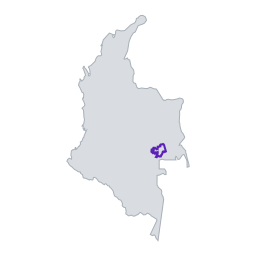 Morichal (Morichal Nuevo), Guainía, Colombia (highlighted)
{"feature_id": "7082276B96401380433737", "entity_name": "Morichal (Morichal Nuevo)", "entity_type": "district", "adm_level": 2, "iso_a3": "COL", "parent_name": "Colombia", "parent_adm1": "Guainía", "projection": "equal_earth", "projection_center": [-69.908, 2.404], "detail": "fine", "context": "in_parent", "style": "outline", "palette": "violet", "viewbox_px": 256, "rotation_deg": 0, "n_neighbors": 0, "source": "geoboundaries", "source_scale": "gbopen_adm2", "svg_char_len": 6541}
<svg xmlns="http://www.w3.org/2000/svg" viewBox="0 0 256 256"><path d="M144.6,23.0L142.4,24.2L138.2,25.6L135.3,31.9L133.3,33.0L130.9,36.8L129.1,41.4L127.6,50.8L124.0,58.9L124.3,59.2L125.8,58.9L127.1,58.0L127.6,58.2L128.1,59.6L129.7,60.0L131.0,66.5L133.5,69.8L133.8,71.1L134.1,73.8L133.2,75.4L132.9,81.4L133.7,82.8L135.6,83.4L136.8,87.1L137.6,88.0L138.7,88.6L141.4,88.0L146.4,88.6L147.5,88.5L150.3,87.2L153.8,88.8L156.4,89.1L163.4,100.3L164.1,100.0L165.0,100.6L166.8,99.5L168.4,99.3L170.4,99.8L173.0,99.8L178.4,98.7L179.2,98.0L182.1,98.7L183.0,99.5L183.4,101.6L183.1,102.9L182.0,104.2L181.5,105.9L181.4,107.9L180.8,109.4L179.9,110.4L179.5,111.8L179.7,113.7L179.2,122.2L179.7,122.9L180.0,126.3L181.2,130.9L181.8,132.2L182.8,133.2L184.7,136.9L184.3,138.2L179.5,144.0L179.2,145.4L180.2,144.8L181.6,145.4L182.2,146.8L185.7,150.8L185.7,152.4L186.7,155.4L186.6,156.1L189.0,164.8L189.1,166.7L187.1,167.2L187.0,161.3L186.7,160.1L184.3,155.0L183.8,154.5L182.3,155.1L179.7,159.0L178.5,159.5L177.5,159.0L176.5,156.7L175.9,156.3L175.2,158.2L176.0,159.9L164.5,159.9L162.3,159.2L159.2,160.1L159.2,168.9L164.6,169.0L166.1,171.5L166.0,173.6L166.2,174.3L164.9,174.7L163.0,173.3L159.6,175.0L157.1,175.4L157.0,185.1L158.5,187.5L161.4,190.1L161.8,191.9L161.6,193.6L162.3,195.7L163.2,196.8L163.2,198.0L163.7,199.4L158.0,240.6L156.0,238.1L155.3,235.9L154.3,234.9L152.4,235.6L150.3,234.5L156.9,220.5L156.7,219.3L151.2,215.8L150.6,215.0L147.9,213.2L146.5,213.7L145.7,214.6L143.6,214.9L142.0,213.4L140.1,212.4L137.7,214.8L137.0,214.7L135.4,215.8L133.6,216.2L131.3,215.1L129.4,215.8L128.1,215.7L127.6,215.0L126.0,214.1L125.8,213.2L126.2,211.4L125.5,208.0L125.3,207.5L124.0,207.4L122.5,206.2L122.2,205.5L122.5,204.1L122.3,202.9L120.8,200.2L118.8,199.5L116.9,197.2L115.0,196.4L114.1,194.8L113.2,191.1L111.2,188.3L109.8,187.3L109.4,185.9L107.9,185.8L106.0,183.9L105.1,183.8L104.5,184.7L102.7,183.8L101.2,182.4L99.6,182.0L98.5,181.2L96.6,178.5L94.6,177.3L93.4,177.7L93.0,179.7L92.3,180.0L90.0,179.5L89.6,180.0L89.0,179.9L86.1,178.4L83.3,177.9L82.5,174.6L80.7,173.4L80.2,171.9L78.9,172.0L74.0,169.0L72.0,167.0L70.3,165.8L68.5,163.5L68.2,162.6L66.9,161.2L67.6,159.5L69.2,158.2L71.4,159.2L71.7,157.2L70.9,155.4L71.3,151.3L71.8,150.4L73.0,149.6L73.8,149.9L74.2,149.2L76.0,149.5L76.5,149.2L77.9,147.6L78.5,146.3L79.1,146.4L80.5,144.2L80.3,142.0L81.7,141.5L83.1,137.9L83.7,137.8L84.0,136.1L86.5,130.2L85.6,130.9L84.7,130.5L84.8,128.5L84.5,128.2L83.7,129.8L83.0,128.2L83.2,125.7L82.1,126.1L82.2,125.6L83.8,123.6L84.5,119.3L84.0,117.7L83.6,111.1L83.4,109.9L82.0,108.2L84.1,106.3L84.9,104.9L84.0,102.0L82.7,99.6L82.7,98.1L83.4,98.2L83.8,94.2L83.1,92.6L82.2,92.6L79.4,86.6L78.5,85.3L79.2,82.5L80.1,81.2L79.9,79.0L80.5,79.1L81.7,81.1L82.1,80.8L84.0,78.9L84.1,77.2L85.6,75.3L83.5,69.2L82.8,68.2L83.7,66.3L84.2,66.4L85.0,68.3L86.3,69.5L88.2,73.0L89.1,73.7L88.5,74.5L88.3,75.3L88.6,75.8L89.7,75.9L90.2,74.9L89.9,70.8L89.4,68.7L88.4,67.2L88.7,66.6L90.7,65.6L94.9,61.6L96.3,57.9L97.4,56.5L98.7,55.7L100.1,55.9L101.3,55.4L101.7,54.2L100.9,51.6L101.8,48.1L101.8,46.3L102.4,45.2L102.2,44.8L100.7,46.1L102.2,43.6L103.3,39.8L109.4,33.1L113.3,34.7L114.5,34.6L112.9,35.4L112.6,36.4L113.2,37.4L113.8,37.7L114.3,37.1L115.6,33.2L115.8,31.0L116.4,30.3L117.2,30.0L121.0,30.9L124.7,30.6L130.6,25.0L135.0,22.6L136.1,20.3L136.4,18.6L137.2,18.0L138.1,18.0L138.6,17.0L140.6,15.5L142.8,15.4L145.1,16.7L146.2,19.0L146.4,20.5L144.6,23.0ZM76.1,148.8L75.8,149.1L75.3,148.5L75.1,147.9L75.4,147.4L75.8,147.5L76.1,148.8Z" fill="#d9dde1" stroke="#a8b0b8" stroke-width="1"/><path d="M163.6,144.4L163.5,144.2L163.0,144.0L162.9,144.1L162.7,144.1L162.4,144.4L162.2,144.4L162.0,144.5L161.9,144.5L161.6,144.5L161.5,144.4L161.2,144.4L160.8,144.4L160.6,144.5L160.4,144.6L160.1,145.2L160.0,145.3L160.0,145.5L160.2,145.8L160.3,146.0L160.2,146.1L160.3,146.2L160.3,146.3L160.2,146.3L159.9,146.4L159.7,146.4L159.5,146.5L159.5,146.4L159.2,146.6L158.8,146.6L158.7,146.6L158.4,146.6L158.2,146.6L157.8,146.7L157.7,146.7L157.7,148.9L157.4,148.9L157.2,148.9L157.0,149.0L157.0,148.9L157.0,149.0L157.0,148.9L156.9,149.0L156.7,149.0L156.4,149.0L156.2,148.9L156.2,148.6L155.9,148.4L155.7,148.4L155.3,148.0L155.1,148.2L155.0,148.3L154.9,148.4L154.7,148.4L154.6,148.5L154.5,148.4L154.2,148.2L153.8,147.9L153.8,147.7L153.6,147.6L153.6,147.3L153.5,147.2L153.4,147.0L153.4,149.3L153.3,149.5L153.4,149.8L153.1,149.7L152.9,149.8L152.7,149.7L152.6,149.4L152.3,149.2L152.0,149.1L151.8,149.0L151.7,149.0L151.6,148.8L151.6,148.7L151.6,149.2L151.7,149.5L151.8,149.8L151.7,150.0L151.6,150.3L151.5,150.5L151.5,151.0L151.3,151.3L151.3,151.5L151.3,151.8L151.3,151.7L151.4,151.9L151.5,152.0L151.8,152.1L152.0,152.2L152.4,152.5L152.5,152.4L152.6,152.5L152.8,152.7L152.7,152.7L152.5,152.8L152.7,153.0L152.8,152.9L153.0,153.0L153.1,152.8L153.0,152.7L153.3,152.6L153.5,152.5L153.8,152.8L154.0,152.9L154.3,153.0L154.5,153.3L154.7,153.0L154.7,152.9L154.6,152.7L154.9,152.9L155.0,152.8L155.1,152.7L155.3,152.6L155.2,152.7L155.2,152.8L155.4,152.9L155.5,152.9L155.6,153.0L155.6,152.8L155.7,153.0L155.8,153.0L155.9,152.9L155.7,152.7L155.8,152.7L155.9,152.9L156.0,152.8L156.1,152.5L156.3,152.7L156.1,152.5L156.2,152.4L156.5,152.5L156.8,152.6L157.0,152.4L157.0,152.1L157.1,152.3L157.3,152.4L157.3,152.5L157.4,152.4L157.4,152.6L157.5,152.6L157.4,152.8L157.7,153.1L157.7,153.3L157.6,153.5L157.4,153.6L157.4,153.8L157.4,154.0L157.3,153.9L157.3,154.0L157.2,153.9L157.2,154.0L156.9,154.2L156.9,154.3L156.7,154.4L156.8,154.5L156.7,154.5L156.5,154.8L156.6,155.1L156.5,155.3L156.5,155.7L156.5,155.9L156.5,156.0L156.4,156.2L156.3,156.4L156.3,156.5L156.3,156.8L156.1,156.9L156.0,157.0L156.5,157.2L156.8,157.2L157.0,156.6L157.1,156.3L157.3,156.3L157.8,156.0L158.3,155.9L158.6,156.2L158.9,156.2L159.1,156.2L159.2,156.3L159.3,156.3L159.5,156.3L159.7,156.5L159.9,156.4L160.0,156.5L160.3,156.5L160.4,156.4L160.5,156.4L160.7,156.2L160.9,156.3L161.0,156.1L161.1,155.8L161.1,155.6L161.2,155.4L161.2,155.2L161.3,155.2L161.6,155.0L161.6,154.9L161.8,154.5L161.9,154.4L162.0,154.3L162.0,154.2L162.2,153.9L162.3,153.7L162.4,153.4L162.5,153.2L162.6,152.8L162.6,152.7L162.8,152.4L162.7,152.4L162.8,152.2L162.8,151.9L162.8,151.7L163.0,151.6L163.3,151.5L163.4,151.4L163.5,151.4L163.6,151.5L163.8,151.5L163.9,151.8L164.0,151.9L164.1,152.0L164.2,151.9L164.2,152.0L164.3,152.0L164.2,152.0L164.2,151.9L164.3,151.9L164.6,151.8L164.8,151.8L164.8,151.7L165.0,151.6L164.9,151.5L165.1,151.5L165.1,151.4L165.3,151.4L165.3,151.5L165.3,151.3L165.6,151.3L165.6,151.1L165.8,151.1L164.2,145.6L164.2,145.3L164.2,145.2L163.8,144.7L163.6,144.5L163.6,144.4Z" fill="none" stroke="#5b21b6" stroke-width="2"/></svg>